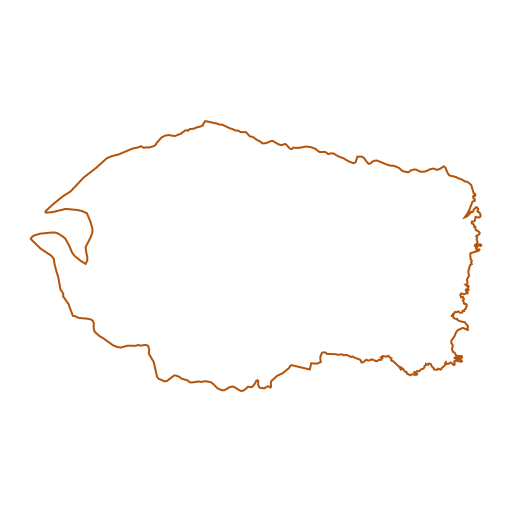 outline of Monchy/La Borne/Sans Souci, Dauphin, Saint Lucia
{"feature_id": "8701671B92777247023512", "entity_name": "Monchy/La Borne/Sans Souci", "entity_type": "district", "adm_level": 2, "iso_a3": "LCA", "parent_name": "Saint Lucia", "parent_adm1": "Dauphin", "projection": "robinson", "projection_center": [-60.899, 14.045], "detail": "fine", "context": "isolated", "style": "outline", "palette": "amber", "viewbox_px": 512, "rotation_deg": 0, "n_neighbors": 0, "source": "geoboundaries", "source_scale": "gbopen_adm2", "svg_char_len": 6069}
<svg xmlns="http://www.w3.org/2000/svg" viewBox="0 0 512 512"><path d="M63.1,296.7L63.7,297.1L68.4,303.9L72.9,315.9L74.3,315.9L79.2,318.0L86.6,318.6L91.1,319.5L92.6,320.6L93.8,323.1L93.7,328.2L94.6,331.7L99.0,335.7L103.3,338.3L112.9,345.2L117.0,346.9L120.5,347.6L127.6,345.7L135.5,345.8L138.2,345.0L140.4,345.6L145.5,345.0L147.4,345.4L148.0,345.8L149.3,349.6L148.8,352.7L149.2,354.4L153.7,362.0L157.1,377.0L158.8,378.8L164.6,381.4L166.9,381.0L174.0,375.6L175.4,375.4L179.2,376.8L181.6,378.7L187.3,380.3L189.9,382.3L191.9,382.5L198.6,381.5L201.1,381.9L205.7,381.2L210.6,382.1L213.7,384.4L217.5,388.4L222.2,390.3L224.3,390.2L229.8,387.1L232.6,386.5L234.3,387.1L240.5,390.9L242.6,390.9L245.3,389.3L248.0,386.7L251.0,387.2L252.5,386.8L255.2,383.2L256.3,380.7L257.3,380.2L258.3,380.8L258.1,384.3L259.1,387.1L259.7,387.7L264.2,388.4L267.4,386.5L268.6,386.3L270.4,387.5L271.1,386.7L270.8,382.0L272.2,380.2L277.2,375.8L282.7,373.2L288.9,368.1L290.6,365.4L291.2,365.2L293.1,365.5L309.8,369.5L311.2,363.3L317.0,363.7L320.8,362.0L320.3,358.3L320.5,356.1L322.1,352.7L323.5,352.3L325.8,352.7L327.0,353.9L335.7,354.2L338.0,354.8L341.9,354.3L343.7,355.2L346.6,354.9L351.1,357.0L352.7,356.5L354.4,357.6L359.8,359.6L360.8,360.4L361.1,361.8L361.8,362.5L362.7,362.5L366.3,359.7L368.1,360.6L370.1,360.2L371.4,359.4L373.7,359.9L375.1,360.9L377.1,361.2L379.2,359.6L380.3,360.0L381.4,359.7L381.6,359.0L382.5,358.2L382.4,357.7L381.1,357.2L382.0,356.4L382.8,356.1L385.7,356.6L388.7,355.9L389.2,357.0L391.6,358.4L391.1,359.9L391.7,360.8L393.4,361.3L398.7,366.4L400.9,367.4L399.9,367.9L401.0,369.6L402.0,368.7L403.0,368.9L405.0,371.7L406.5,371.9L406.9,373.6L410.4,375.3L411.7,374.3L415.7,374.9L416.9,374.6L417.1,373.7L414.7,373.3L414.2,372.3L416.1,372.0L417.2,371.0L419.1,371.3L420.8,369.5L423.5,368.6L424.4,367.2L424.6,365.8L426.0,365.1L426.0,364.1L426.6,364.6L427.5,364.3L428.1,364.7L428.6,363.6L430.5,363.9L432.2,366.9L433.4,367.8L434.1,369.6L437.2,369.7L438.2,368.7L440.4,369.6L441.2,369.3L441.6,368.2L445.2,365.0L445.2,362.9L445.9,362.1L446.5,363.8L447.0,364.0L448.3,363.9L449.8,362.8L450.9,362.5L453.8,365.1L454.4,364.9L454.7,364.0L454.2,361.9L454.4,361.2L456.9,360.8L461.1,361.8L462.0,361.2L461.0,359.9L459.5,359.1L456.6,359.0L454.7,358.4L454.6,357.8L455.5,357.4L460.5,357.4L461.6,357.8L462.1,357.2L461.6,356.0L459.3,356.2L456.1,355.5L454.5,352.5L452.8,351.8L451.9,348.5L452.9,346.1L452.5,344.6L451.3,343.1L451.3,340.8L454.6,336.1L456.0,332.4L457.7,330.2L462.5,328.0L463.4,328.0L467.7,330.0L468.0,329.7L467.3,328.2L467.9,327.4L468.0,326.4L464.8,322.2L459.7,321.2L457.5,319.9L457.1,318.9L454.5,318.6L453.4,317.6L453.0,316.3L451.8,315.9L452.8,314.3L453.4,314.9L454.7,312.1L456.5,312.2L458.3,311.4L460.0,312.8L462.3,312.5L462.6,310.8L464.2,310.9L464.6,309.4L465.7,308.8L466.5,306.0L466.8,305.9L466.8,304.8L466.0,303.9L464.7,304.0L464.0,303.5L463.6,301.6L462.8,300.4L464.0,299.1L462.8,296.9L461.2,297.4L460.3,295.0L460.7,293.9L461.4,293.4L463.9,294.3L466.2,293.4L466.4,292.6L466.8,293.2L467.5,293.3L467.6,291.9L465.9,290.6L465.8,289.7L466.3,289.5L467.8,290.3L468.6,289.9L468.3,289.1L467.3,288.6L468.7,286.3L468.1,285.6L466.8,285.9L465.6,284.7L466.6,284.6L466.7,283.6L467.5,282.9L467.6,282.2L466.9,280.5L467.1,279.2L469.1,275.6L468.5,273.6L468.4,270.4L469.2,269.0L469.1,268.1L470.3,264.9L471.8,264.1L471.0,262.3L471.8,261.2L471.4,260.0L470.6,259.2L470.2,253.8L470.8,253.1L478.7,250.7L479.5,249.7L479.3,249.4L476.4,249.5L475.9,247.5L477.0,247.3L477.5,246.0L479.5,245.5L480.6,246.0L481.3,245.1L480.0,244.2L476.4,245.1L475.5,246.0L474.8,245.8L475.1,244.8L476.4,244.4L477.6,241.9L476.6,239.6L477.2,237.4L476.2,236.3L476.4,235.9L478.9,234.6L479.8,233.1L478.7,231.5L475.7,230.0L475.2,226.7L474.2,226.9L474.0,225.2L473.3,224.1L472.0,223.6L471.6,222.8L472.0,221.4L474.0,221.5L474.8,220.6L475.6,217.0L478.8,217.6L480.0,217.0L480.6,215.8L480.5,214.7L479.3,212.3L477.7,211.8L477.4,210.8L478.3,209.1L476.8,207.2L476.3,207.1L473.9,209.4L473.4,211.0L472.3,212.1L470.9,211.7L470.3,212.3L470.2,213.4L469.1,213.4L468.5,215.1L466.5,216.7L464.7,217.3L467.1,214.0L469.6,209.2L472.5,201.6L474.7,200.8L474.8,199.4L473.5,198.4L473.1,196.5L473.5,195.7L474.7,196.2L475.2,195.5L475.3,194.2L473.6,193.0L471.2,185.0L468.5,182.6L466.4,181.6L465.3,181.6L462.0,179.6L457.5,178.0L456.3,177.1L449.3,175.4L447.7,173.2L445.5,167.9L444.2,166.5L443.4,166.5L440.3,168.7L436.9,169.9L433.8,168.6L432.3,168.8L430.3,169.2L425.3,171.5L421.6,171.8L419.8,171.5L416.1,169.6L414.0,169.5L410.7,170.5L408.8,172.1L406.9,172.1L402.4,171.0L399.1,168.0L395.5,166.4L392.8,165.7L390.5,165.7L387.3,164.7L376.9,160.5L374.5,160.7L372.2,161.7L370.7,163.4L368.7,163.8L367.0,162.2L363.8,157.8L361.6,156.6L357.4,156.7L355.7,161.9L355.1,162.6L353.4,163.2L348.3,161.2L343.4,158.2L338.4,156.4L333.5,153.5L331.2,153.3L328.2,154.1L326.0,152.3L324.2,151.9L319.9,152.1L318.1,151.1L315.6,148.9L311.0,147.2L306.0,146.5L298.7,147.9L293.2,147.7L292.0,148.9L290.7,149.0L289.7,148.4L285.9,144.3L284.8,144.0L281.8,145.1L280.4,144.9L278.1,144.1L272.5,140.8L271.5,140.9L265.9,143.2L262.4,143.4L260.2,141.5L257.0,140.0L252.8,136.9L249.9,136.4L245.9,132.1L240.8,132.1L238.1,130.6L235.1,130.5L232.9,129.2L229.6,128.2L222.1,124.6L219.2,124.5L217.6,123.7L205.3,121.1L203.4,123.8L202.9,125.5L201.9,125.5L201.0,126.4L196.2,127.5L195.4,128.2L192.6,128.9L189.9,129.0L188.0,130.7L187.2,130.1L185.2,130.5L180.7,133.8L174.6,136.1L168.5,135.0L164.7,135.8L161.4,137.6L156.3,143.3L155.7,144.9L153.1,146.4L148.7,147.6L146.3,147.3L144.3,147.7L143.4,147.7L141.1,146.2L137.5,147.6L132.2,148.7L118.8,154.4L111.6,156.2L108.2,157.6L106.3,158.7L96.0,168.0L83.6,177.6L70.6,191.4L62.6,196.5L53.3,204.0L46.2,210.6L45.3,211.8L46.0,212.6L52.1,212.2L65.7,208.9L77.3,210.0L82.4,211.1L86.9,213.3L90.2,221.1L92.4,228.4L92.4,232.5L90.5,237.6L85.6,247.2L86.3,252.7L87.3,257.1L87.3,260.4L85.6,263.9L80.9,261.0L74.5,255.8L72.0,252.4L69.2,245.8L65.3,238.6L62.8,236.5L58.2,233.6L55.0,232.5L51.9,232.5L40.1,233.7L34.1,235.5L32.5,236.5L30.7,238.6L32.0,240.3L40.7,248.7L51.3,255.7L53.8,258.9L54.4,263.3L56.3,271.1L58.2,276.9L60.4,289.3L63.3,293.7L63.1,296.7Z" fill="none" stroke="#b45309" stroke-width="2"/></svg>